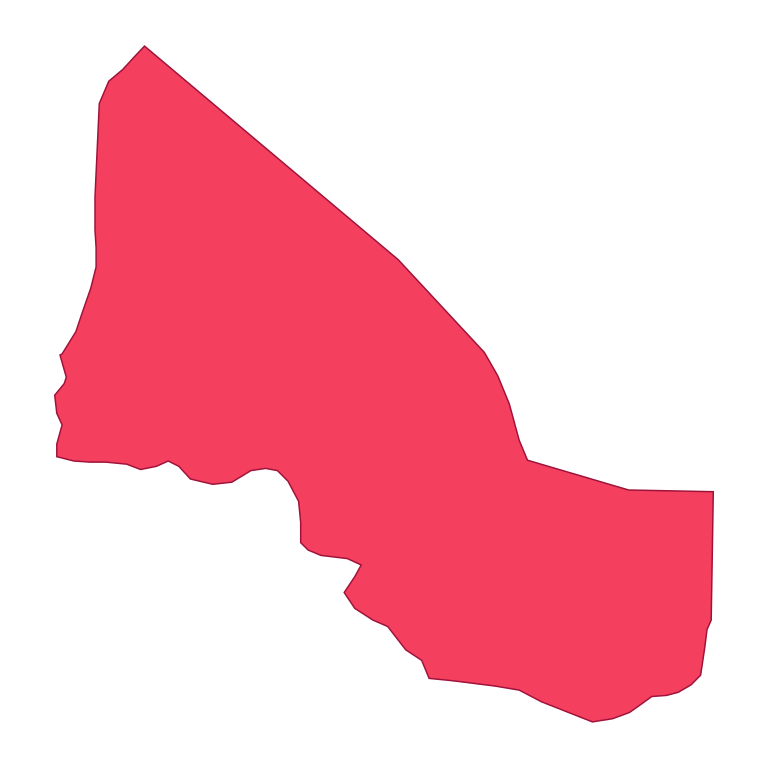 the district of Tebedu, Sarawak, Malaysia
{"feature_id": "92858781B78299501514110", "entity_name": "Tebedu", "entity_type": "district", "adm_level": 2, "iso_a3": "MYS", "parent_name": "Malaysia", "parent_adm1": "Sarawak", "projection": "albers", "projection_center": [110.423, 1.04], "detail": "fine", "context": "isolated", "style": "filled", "palette": "rose", "viewbox_px": 768, "rotation_deg": 0, "n_neighbors": 0, "source": "geoboundaries", "source_scale": "gbopen_adm2", "svg_char_len": 1044}
<svg xmlns="http://www.w3.org/2000/svg" viewBox="0 0 768 768"><path d="M60.0,355.0L66.3,377.2L64.2,383.6L54.7,395.2L56.8,413.3L62.1,424.9L56.8,444.0L56.8,456.7L73.8,461.0L89.7,462.1L105.6,462.1L126.8,464.2L140.6,469.5L156.5,466.3L168.2,461.0L178.8,466.3L190.4,479.0L212.7,484.3L231.8,482.2L250.9,470.6L265.7,468.4L277.4,470.6L288.0,481.2L298.6,501.3L300.7,522.5L300.7,542.7L308.2,550.1L320.9,555.4L347.4,558.6L361.2,565.0L354.8,576.6L344.2,592.5L354.8,608.4L372.9,620.1L387.7,626.5L405.7,649.8L421.7,660.4L429.1,678.4L451.4,680.6L493.8,685.9L519.2,690.1L541.5,701.8L592.4,721.9L612.6,718.7L629.6,712.4L640.2,704.9L651.8,696.5L666.7,695.4L678.4,692.2L691.1,684.8L700.6,675.2L702.7,661.4L704.9,646.6L707.0,629.6L708.7,625.8L711.2,620.1L713.3,491.7L628.6,490.0L527.5,460.2L519.2,440.3L509.3,403.9L497.7,375.7L484.4,352.5L398.2,259.7L144.5,46.1L135.3,55.8L122.6,69.6L108.8,81.2L99.3,103.5L95.0,196.9L95.0,229.8L96.1,247.8L96.1,266.9L90.8,288.1L82.3,312.5L75.9,331.6L62.1,353.9L60.0,355.0Z" fill="#f43f5e" stroke="#9f1239" stroke-width="1.5"/></svg>